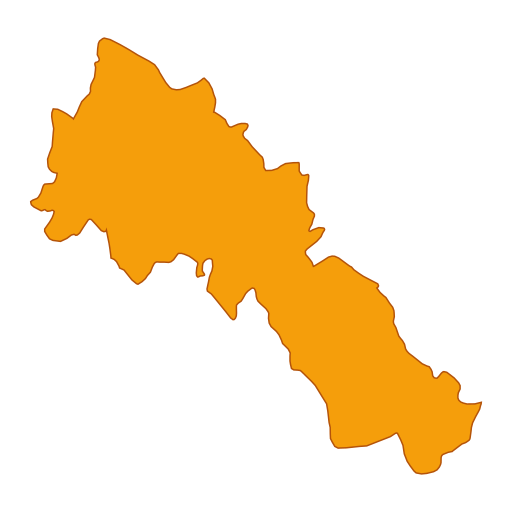 the district of Cao Bang, Cao Bằng, Vietnam
{"feature_id": "81297802B72621516483988", "entity_name": "Cao Bang", "entity_type": "district", "adm_level": 2, "iso_a3": "VNM", "parent_name": "Vietnam", "parent_adm1": "Cao Bằng", "projection": "albers", "projection_center": [106.26, 22.649], "detail": "fine", "context": "isolated", "style": "filled", "palette": "amber", "viewbox_px": 512, "rotation_deg": 0, "n_neighbors": 0, "source": "geoboundaries", "source_scale": "gbopen_adm2", "svg_char_len": 5299}
<svg xmlns="http://www.w3.org/2000/svg" viewBox="0 0 512 512"><path d="M452.2,451.5L452.3,451.3L456.6,448.0L461.9,444.0L465.6,442.6L467.6,441.3L469.1,440.2L469.9,438.9L470.2,437.2L471.0,431.3L471.4,427.5L472.6,422.8L475.6,416.7L478.4,411.6L479.7,409.0L480.5,405.7L481.1,404.0L481.3,402.3L474.9,403.9L467.0,404.0L463.4,403.1L460.7,402.0L458.8,400.2L457.9,398.0L457.9,395.5L458.3,392.8L460.1,389.0L460.1,385.6L458.6,382.8L454.1,377.9L446.8,372.3L444.3,371.7L443.2,371.7L441.4,373.1L438.7,376.5L437.0,378.2L435.6,378.1L434.2,377.8L432.7,375.8L432.1,371.8L431.0,369.3L429.2,366.7L426.9,366.0L422.2,363.8L413.7,357.0L409.0,353.4L407.1,351.4L405.6,349.0L404.5,344.2L402.4,340.6L400.3,338.1L398.8,336.1L397.7,332.9L395.9,327.6L393.8,323.9L393.4,322.2L393.4,320.9L394.3,316.7L394.1,312.8L393.9,310.7L392.7,307.3L389.4,303.0L385.9,297.5L383.8,295.9L380.0,292.4L376.8,288.0L378.3,286.7L378.5,285.6L377.7,283.8L372.3,281.0L363.3,276.3L358.6,273.2L353.9,269.8L351.5,267.0L349.8,266.2L347.7,264.7L338.8,258.1L334.8,256.3L332.1,256.1L328.5,257.1L322.7,260.9L314.0,266.2L313.4,266.4L312.0,262.4L310.8,260.7L308.2,257.3L305.7,254.5L305.4,252.4L305.4,251.0L307.3,248.8L313.4,244.0L316.7,241.4L321.0,236.7L322.5,233.3L323.2,232.0L324.3,230.4L324.6,229.4L324.2,228.4L323.4,228.0L318.8,227.6L313.0,229.7L310.1,231.4L309.2,231.1L308.9,230.6L309.2,229.4L309.8,227.7L311.8,224.2L313.0,219.4L314.4,216.1L314.4,214.2L313.6,213.0L309.1,209.6L307.6,206.5L306.6,202.8L306.7,196.4L307.0,186.3L308.4,180.3L308.7,176.6L308.7,175.4L308.1,174.6L307.5,174.5L304.2,175.4L301.9,175.1L299.8,172.1L299.2,170.9L299.2,164.8L299.1,163.4L298.8,162.6L294.8,162.7L293.7,162.7L290.5,163.0L285.5,163.6L280.9,166.0L277.5,168.6L271.7,170.4L267.0,170.5L265.7,170.5L263.9,167.4L263.8,163.7L263.2,159.6L262.3,157.2L259.7,154.8L252.1,146.7L247.6,140.6L244.7,138.4L243.2,135.9L242.9,134.4L243.4,132.4L244.0,131.3L246.3,129.5L247.7,126.9L248.0,125.5L247.4,124.1L245.2,123.5L241.3,123.5L238.1,124.2L231.3,127.1L229.8,126.9L228.9,126.5L226.9,123.4L225.3,119.7L219.8,115.5L214.5,112.2L213.7,112.1L214.8,107.0L215.5,102.8L215.5,99.3L214.9,97.5L213.8,94.7L212.1,88.9L208.8,82.8L204.3,78.2L203.3,78.4L201.0,80.3L197.4,82.9L190.1,85.8L186.3,87.4L180.2,89.5L176.4,89.8L171.9,88.9L169.7,87.4L165.7,82.5L159.6,72.5L158.5,70.0L154.6,64.7L149.0,61.1L137.6,55.0L129.0,49.7L120.2,44.7L110.2,39.6L104.2,38.1L102.6,38.7L99.5,41.1L98.4,43.5L97.7,48.5L97.3,54.8L98.4,56.9L99.2,58.9L99.2,60.1L98.5,61.3L97.3,62.0L95.7,62.4L94.9,63.3L94.9,64.7L95.6,67.2L95.4,70.3L94.5,77.4L92.7,81.2L91.1,84.4L90.4,88.0L90.5,91.4L89.3,94.1L87.2,95.9L81.8,101.6L79.3,107.0L77.3,112.0L73.4,118.9L73.1,118.5L66.7,113.9L62.6,111.6L57.8,109.3L53.2,108.9L51.9,112.8L51.7,116.5L52.4,121.4L53.7,128.6L53.3,132.5L52.5,141.9L52.2,146.5L49.7,152.9L47.6,159.1L47.8,163.1L48.2,166.8L49.5,169.2L51.7,171.4L53.6,172.4L57.2,173.3L56.3,178.0L54.5,181.9L52.5,183.5L44.8,184.1L43.6,185.2L42.9,186.8L40.9,193.0L38.4,197.2L36.9,198.5L32.6,200.2L30.7,201.6L30.8,202.7L31.4,204.7L33.8,206.9L41.2,210.8L42.6,210.5L44.2,209.7L45.2,209.7L46.3,210.7L47.5,211.3L50.4,210.9L52.1,210.2L53.4,210.6L54.2,211.5L53.5,214.4L52.1,217.9L49.7,222.0L44.7,229.0L44.7,231.5L46.9,235.2L47.2,235.6L49.5,238.8L52.9,240.4L60.5,241.4L66.9,238.4L71.4,235.0L74.1,234.3L75.8,235.3L77.3,235.0L79.7,233.0L83.4,227.1L88.3,219.8L89.6,219.2L91.3,219.5L96.1,224.7L101.3,230.6L103.9,231.7L105.6,231.4L106.1,230.9L106.4,230.1L107.8,237.2L109.1,243.5L109.9,248.7L110.8,255.6L111.0,258.1L112.2,258.5L114.3,259.5L116.6,261.7L119.0,266.1L119.6,268.0L124.0,270.0L131.9,279.9L136.5,283.7L137.6,284.1L138.0,284.2L142.0,281.7L145.4,278.6L147.4,275.5L150.4,272.2L152.4,267.0L154.2,263.6L155.3,262.5L156.8,261.9L159.6,262.1L164.1,262.1L168.7,262.4L170.9,261.8L173.6,259.7L176.7,255.4L177.9,253.9L178.5,253.4L181.5,253.4L184.1,254.1L189.0,256.1L192.7,258.6L197.4,262.3L197.8,263.4L197.6,265.0L196.8,267.6L196.3,272.9L196.6,275.7L197.6,277.0L198.5,276.9L200.2,276.0L202.8,275.8L204.4,275.2L204.5,274.3L203.5,272.7L202.4,271.2L202.3,269.4L202.5,265.8L202.9,263.3L204.9,260.6L207.3,259.0L209.3,258.5L211.3,259.0L212.3,260.2L212.5,263.3L212.8,266.3L211.9,271.0L210.5,274.1L209.4,277.2L208.5,282.0L207.9,284.7L207.0,289.0L207.4,291.1L211.4,294.0L215.1,298.5L225.8,311.7L230.7,318.0L233.0,319.7L234.2,319.5L235.4,318.2L236.3,315.9L236.5,313.2L236.4,309.3L236.4,306.0L236.6,304.9L238.4,303.0L241.1,301.2L242.8,298.6L245.6,293.6L247.9,291.1L251.2,288.6L252.3,288.0L253.1,288.2L254.1,288.4L255.0,289.8L255.9,292.7L256.3,296.7L257.0,299.1L258.0,301.2L260.7,303.9L265.9,308.6L268.2,311.9L268.8,313.5L268.7,314.8L268.7,315.0L268.5,318.3L269.2,323.1L271.1,326.6L276.5,331.5L279.0,334.8L281.5,340.2L282.6,343.5L288.2,349.0L290.2,352.9L290.0,356.1L290.0,361.0L290.5,364.3L291.5,368.5L293.8,369.9L297.6,370.1L300.3,370.5L301.7,371.7L311.6,381.4L315.3,385.5L322.5,397.2L326.6,403.8L327.8,410.9L329.1,422.5L330.2,427.4L330.3,434.0L330.5,438.6L332.4,442.3L334.8,446.4L338.1,448.1L340.1,448.0L346.2,447.8L359.5,446.4L366.7,445.9L378.4,441.3L390.4,436.6L395.4,433.3L396.8,433.0L397.5,433.4L400.7,439.8L403.0,445.4L404.3,453.9L407.2,461.3L410.2,465.9L414.0,471.0L416.1,472.9L421.5,473.9L426.7,473.4L433.6,471.7L437.1,469.8L439.4,466.9L440.6,464.3L441.0,462.7L441.1,457.5L441.7,455.6L443.0,454.4L448.2,452.3L452.2,451.5Z" fill="#f59e0b" stroke="#b45309" stroke-width="1.5"/></svg>